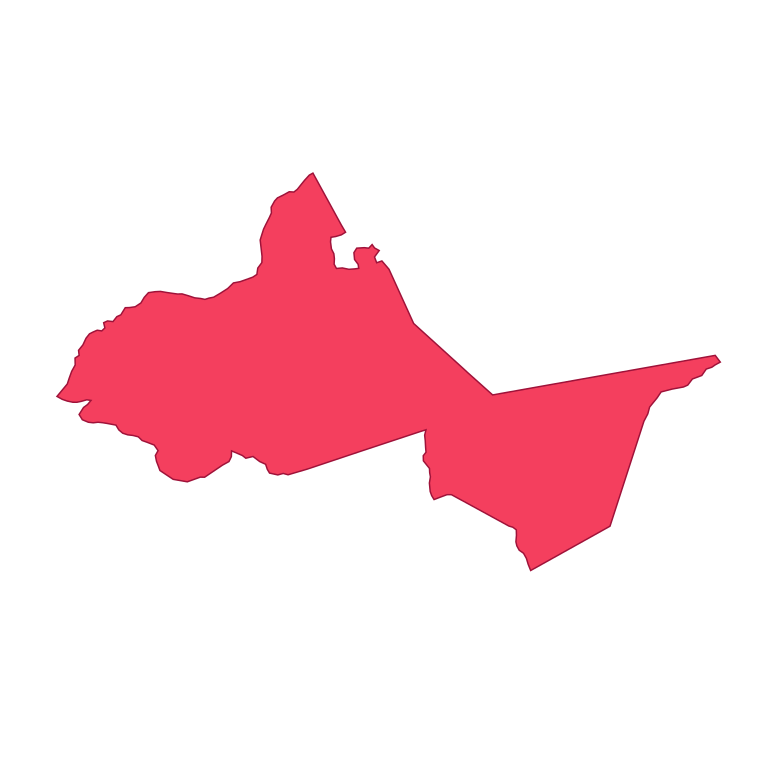 Guaraciaba do Norte, Ceará, Brazil (Robinson projection), rotated 209°
{"feature_id": "56859067B84728913810343", "entity_name": "Guaraciaba do Norte", "entity_type": "district", "adm_level": 2, "iso_a3": "BRA", "parent_name": "Brazil", "parent_adm1": "Ceará", "projection": "robinson", "projection_center": [-40.863, -4.244], "detail": "fine", "context": "isolated", "style": "filled", "palette": "rose", "viewbox_px": 768, "rotation_deg": 209, "n_neighbors": 0, "source": "geoboundaries", "source_scale": "gbopen_adm2", "svg_char_len": 2487}
<svg xmlns="http://www.w3.org/2000/svg" viewBox="0 0 768 768"><g transform="rotate(209 384 384)"><path d="M138.4,504.3L137.8,511.4L129.7,519.1L120.6,526.6L117.8,530.3L116.7,537.9L110.2,545.5L109.4,553.3L105.4,557.6L103.6,561.3L100.5,566.2L108.2,569.6L283.7,427.1L316.2,434.5L321.9,435.9L387.4,451.3L435.3,486.8L445.5,490.6L449.2,486.5L453.9,490.5L452.9,498.4L458.2,498.4L462.0,500.2L463.2,495.4L467.3,493.7L473.7,489.6L474.0,484.3L470.1,478.6L464.6,476.1L462.2,472.9L465.4,470.5L470.3,467.3L476.7,465.3L481.6,462.0L485.7,464.6L488.1,469.5L491.0,473.6L495.5,476.7L499.7,482.4L501.5,486.6L497.7,489.6L493.6,493.8L491.2,498.1L498.3,502.3L548.4,534.0L550.6,530.5L552.2,523.8L553.0,519.3L554.2,512.2L555.9,508.2L560.1,506.2L563.8,500.3L567.4,495.2L568.4,491.0L568.4,483.9L565.4,479.0L565.0,474.5L564.7,466.2L564.4,461.0L563.0,454.1L562.1,449.9L552.6,436.6L549.7,431.0L550.6,424.2L548.3,418.2L550.6,413.8L556.2,407.4L559.5,403.7L564.7,399.4L567.0,391.7L571.1,384.1L575.1,377.3L578.7,374.3L581.6,371.2L585.8,369.9L591.3,367.6L597.6,366.4L604.3,364.9L608.2,362.6L613.1,360.7L618.4,358.7L624.4,356.6L628.9,353.8L634.3,349.7L635.7,343.5L635.9,337.0L639.1,330.9L643.6,327.5L647.3,325.3L647.7,316.9L650.3,313.4L651.3,307.2L656.4,305.1L658.9,301.7L655.3,297.7L656.6,293.6L660.9,292.0L663.6,288.5L665.9,285.1L666.8,279.6L666.3,272.2L667.5,265.4L664.5,261.2L666.8,256.9L663.3,250.9L663.3,243.7L662.1,236.2L661.0,230.5L664.0,214.6L658.0,214.6L652.8,215.5L647.3,217.2L643.8,219.1L640.4,222.0L636.3,226.1L632.3,227.6L633.3,222.4L635.4,217.8L635.9,209.5L630.5,206.5L624.1,207.2L619.5,209.1L615.6,211.9L611.4,213.7L607.0,215.3L598.5,218.1L593.7,215.3L588.7,214.3L583.5,215.3L578.6,217.3L573.3,218.7L568.2,217.3L562.8,218.2L555.4,219.2L549.3,216.2L549.3,210.6L545.5,206.1L541.7,202.9L538.0,199.7L522.2,198.4L508.6,203.1L499.5,213.5L495.7,215.5L485.9,234.8L482.0,241.0L482.3,246.5L484.9,251.6L473.3,252.8L468.9,252.1L463.4,257.1L455.1,255.9L448.6,256.4L444.7,252.8L440.9,250.6L432.8,253.0L428.8,256.9L423.9,258.1L409.9,272.3L371.2,314.5L329.4,359.8L325.1,364.3L323.6,358.9L320.5,354.5L316.8,348.6L314.2,344.7L314.9,340.3L312.3,335.9L303.3,332.2L301.0,328.5L298.4,325.3L296.3,319.4L291.5,312.4L288.2,309.5L284.2,307.2L280.1,312.1L275.3,317.7L271.4,319.9L205.9,320.3L201.9,321.2L197.6,320.6L194.8,315.9L192.1,309.9L189.3,306.8L185.2,304.2L179.9,303.6L174.9,300.5L170.5,296.2L165.3,292.0L117.4,369.2L138.6,477.4L138.8,485.8L140.5,492.6L138.4,504.3Z" fill="#f43f5e" stroke="#9f1239" stroke-width="1.5"/></g></svg>